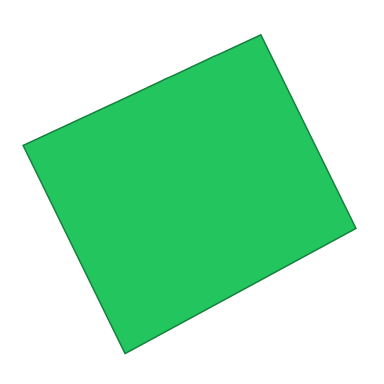 Cochran, Texas, United States of America, rotated 64°
{"feature_id": "52423323B36453728926515", "entity_name": "Cochran", "entity_type": "district", "adm_level": 2, "iso_a3": "USA", "parent_name": "United States of America", "parent_adm1": "Texas", "projection": "albers", "projection_center": [-102.996, 33.607], "detail": "fine", "context": "isolated", "style": "filled", "palette": "green", "viewbox_px": 384, "rotation_deg": 64, "n_neighbors": 0, "source": "geoboundaries", "source_scale": "gbopen_adm2", "svg_char_len": 335}
<svg xmlns="http://www.w3.org/2000/svg" viewBox="0 0 384 384"><g transform="rotate(64 192 192)"><path d="M78.2,213.9L76.1,323.4L307.9,323.0L296.6,60.6L80.9,61.2L80.0,108.3L79.7,113.4L79.4,134.9L79.2,152.7L79.0,161.3L78.7,165.9L78.8,171.0L78.7,178.5L78.2,213.9L78.2,213.9Z" fill="#22c55e" stroke="#15803d" stroke-width="1.5"/></g></svg>